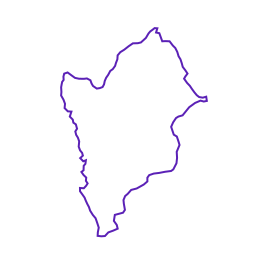 outline of Santa Cecília, Paraíba, Brazil, rotated 328°
{"feature_id": "56859067B96891568897649", "entity_name": "Santa Cecília", "entity_type": "district", "adm_level": 2, "iso_a3": "BRA", "parent_name": "Brazil", "parent_adm1": "Paraíba", "projection": "natural_earth1", "projection_center": [-35.927, -7.733], "detail": "fine", "context": "isolated", "style": "outline", "palette": "violet", "viewbox_px": 256, "rotation_deg": 328, "n_neighbors": 0, "source": "geoboundaries", "source_scale": "gbopen_adm2", "svg_char_len": 1897}
<svg xmlns="http://www.w3.org/2000/svg" viewBox="0 0 256 256"><g transform="rotate(328 128 128)"><path d="M45.1,203.4L48.0,205.7L51.2,207.4L56.0,206.1L61.1,207.2L65.9,207.9L67.1,204.3L66.8,199.3L70.8,194.7L78.9,197.2L82.0,195.8L84.4,189.9L86.0,186.7L89.5,184.2L92.9,183.7L97.9,182.2L103.3,183.9L111.4,184.3L116.1,183.6L118.1,180.4L121.0,179.2L125.7,180.3L130.6,182.6L136.3,184.8L141.8,187.3L144.5,187.1L150.4,183.6L153.8,179.3L156.7,174.0L162.7,169.7L163.5,166.9L164.9,161.1L163.3,157.9L165.2,149.9L169.3,147.1L174.0,145.0L176.8,145.0L181.0,146.2L190.9,142.8L198.2,142.3L204.0,143.2L206.3,145.7L209.2,146.8L210.9,142.9L207.5,141.9L204.7,139.4L203.7,136.6L203.2,132.9L202.9,128.5L202.8,125.0L202.0,121.1L201.7,115.9L203.9,114.7L207.3,113.4L207.2,109.5L206.8,105.2L207.9,101.6L208.9,97.5L208.9,94.0L210.1,89.6L210.5,85.2L209.7,81.8L209.2,76.5L205.7,74.1L203.0,72.6L204.2,67.0L204.8,64.2L202.4,61.9L205.7,59.0L203.5,57.4L200.8,57.7L198.0,57.9L195.5,58.7L190.9,61.1L184.3,62.3L181.3,61.3L177.0,58.8L171.9,59.0L166.3,59.6L161.7,59.6L157.7,60.9L155.4,64.1L152.2,66.5L150.0,68.5L146.3,70.0L143.2,70.2L139.4,72.4L136.1,73.8L133.2,75.8L130.8,78.3L128.1,79.8L125.2,79.2L122.4,78.0L120.6,73.8L120.7,70.9L121.4,67.6L119.4,64.2L116.6,62.9L112.5,60.2L109.6,57.4L108.1,53.7L106.2,48.9L102.7,48.1L100.5,50.2L98.9,53.1L96.6,54.0L94.8,55.9L92.9,58.0L90.6,62.2L88.5,65.0L88.3,69.8L87.4,74.1L84.8,77.5L85.8,82.0L88.7,84.1L84.7,87.5L85.6,91.6L84.5,94.5L85.7,97.3L84.4,101.6L81.5,103.0L80.4,106.4L80.4,109.6L79.5,113.5L76.3,117.7L75.5,121.6L75.9,124.8L75.1,127.5L71.5,128.2L72.4,132.5L75.2,133.0L72.9,135.8L70.4,136.6L67.9,140.3L65.2,140.6L65.4,144.3L66.3,147.9L64.3,150.5L64.4,153.6L61.9,154.8L58.6,155.7L55.5,153.4L53.8,156.2L54.1,160.4L54.3,164.0L53.7,167.2L53.2,171.1L53.0,174.3L52.1,178.0L52.1,183.1L52.7,187.3L51.6,192.2L50.4,197.0L47.2,200.4L45.1,203.4Z" fill="none" stroke="#5b21b6" stroke-width="2"/></g></svg>